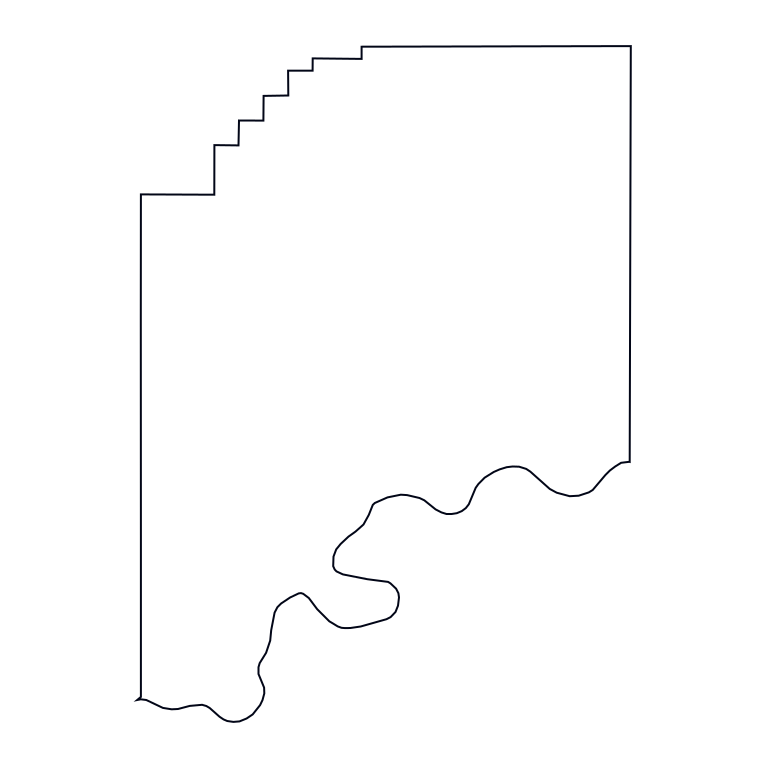 outline of Washington, Nebraska, United States of America, rotated 90°
{"feature_id": "52423323B46831749537882", "entity_name": "Washington", "entity_type": "district", "adm_level": 2, "iso_a3": "USA", "parent_name": "United States of America", "parent_adm1": "Nebraska", "projection": "equal_earth", "projection_center": [-96.073, 41.537], "detail": "fine", "context": "isolated", "style": "outline", "palette": "ink", "viewbox_px": 768, "rotation_deg": 90, "n_neighbors": 0, "source": "geoboundaries", "source_scale": "gbopen_adm2", "svg_char_len": 1585}
<svg xmlns="http://www.w3.org/2000/svg" viewBox="0 0 768 768"><g transform="rotate(90 384 384)"><path d="M700.0,630.8L699.3,627.2L700.0,621.7L707.9,605.1L709.3,596.4L709.0,590.0L705.9,578.2L704.8,565.9L706.0,561.7L708.0,558.3L716.7,548.5L719.4,544.5L721.0,540.8L721.9,534.6L721.4,528.5L718.5,521.4L714.4,515.3L705.1,507.9L700.1,505.5L693.4,503.7L687.6,503.9L674.0,509.5L667.2,509.5L663.1,508.3L652.8,501.9L640.6,497.8L630.2,496.8L612.6,493.4L607.2,490.6L603.5,486.9L597.5,477.9L593.4,469.3L593.1,467.0L593.8,464.8L598.0,459.2L609.2,450.8L621.3,438.7L623.5,435.0L626.4,430.3L627.8,426.5L628.1,422.9L628.0,417.6L626.5,407.3L619.2,381.5L617.1,377.4L612.0,372.5L605.7,370.0L597.4,369.0L593.2,369.6L588.7,371.9L583.4,377.5L581.9,379.9L579.2,400.7L574.4,425.1L571.4,431.5L569.5,433.3L566.2,434.8L556.6,434.5L549.4,431.8L544.0,427.4L536.6,419.5L531.6,412.5L524.5,404.5L514.9,399.2L504.9,395.2L503.0,393.2L497.4,380.5L494.7,367.2L495.1,360.9L498.0,348.5L500.3,343.7L509.4,332.4L512.4,326.6L514.0,321.5L514.0,316.4L513.2,311.2L511.1,306.2L508.1,302.2L504.3,299.2L487.8,292.3L484.0,289.6L477.7,283.4L472.0,274.3L469.4,268.4L467.2,261.3L466.5,255.4L466.7,248.9L468.9,241.8L471.6,237.7L488.9,218.3L492.7,211.3L496.2,198.3L495.7,189.3L492.4,179.2L490.0,175.3L475.0,162.6L470.5,158.1L466.5,152.8L462.8,146.9L461.8,138.7L461.9,138.3L46.1,137.2L46.7,406.4L58.9,406.4L58.4,455.3L70.7,455.4L70.7,479.9L95.5,479.7L95.9,504.4L120.6,504.6L120.5,529.0L145.4,529.5L145.1,553.6L194.7,553.7L194.4,627.1L318.6,627.2L538.3,627.1L696.9,627.1L700.0,630.8Z" fill="none" stroke="#020617" stroke-width="2"/></g></svg>